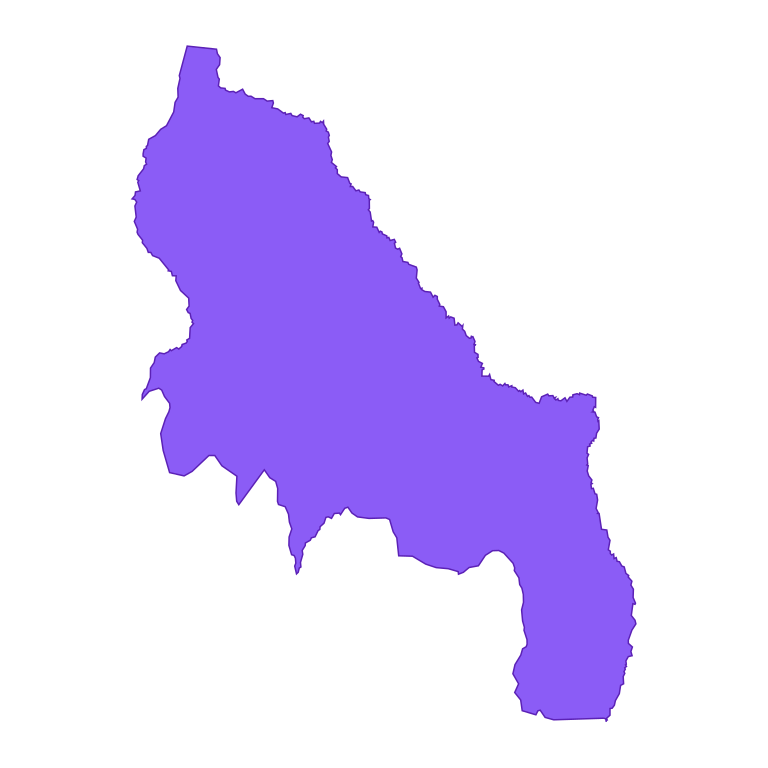 the district of Luwingu, Northern, Zambia
{"feature_id": "96606910B28047609597150", "entity_name": "Luwingu", "entity_type": "district", "adm_level": 2, "iso_a3": "ZMB", "parent_name": "Zambia", "parent_adm1": "Northern", "projection": "equal_earth", "projection_center": [30.347, -10.552], "detail": "fine", "context": "isolated", "style": "filled", "palette": "violet", "viewbox_px": 768, "rotation_deg": 0, "n_neighbors": 0, "source": "geoboundaries", "source_scale": "gbopen_adm2", "svg_char_len": 6107}
<svg xmlns="http://www.w3.org/2000/svg" viewBox="0 0 768 768"><path d="M605.7,718.8L606.3,721.9L606.0,720.1L607.2,720.0L606.6,718.3L610.0,715.2L610.0,708.5L612.2,708.2L614.4,705.2L615.4,700.6L619.3,693.7L620.6,685.4L623.6,683.8L623.2,676.5L624.8,673.4L624.0,671.6L625.3,669.2L624.7,667.8L626.5,666.4L625.5,664.9L626.3,664.3L625.9,660.9L628.3,656.6L632.1,655.7L630.9,651.5L632.4,647.0L628.4,643.4L628.3,640.2L631.9,630.1L635.9,623.9L635.0,620.2L631.3,615.5L632.9,603.7L635.0,604.3L635.5,603.2L633.1,597.5L633.4,589.2L630.9,585.1L631.9,581.2L628.2,577.0L628.7,575.5L625.9,573.4L624.2,566.9L621.8,566.0L619.4,561.7L617.1,561.3L616.2,557.6L614.1,558.6L613.6,554.0L611.7,555.0L610.3,553.6L610.3,551.2L608.3,549.8L610.0,540.3L608.0,537.2L606.8,530.0L601.5,529.3L599.1,513.5L597.6,513.4L598.2,512.6L596.1,508.5L597.6,500.0L596.7,494.3L595.0,493.8L593.3,488.3L591.5,488.6L590.9,484.2L592.2,483.6L591.1,482.6L591.9,480.0L588.7,475.9L587.2,471.0L588.2,465.6L586.8,465.0L587.7,464.0L587.1,457.9L588.6,454.4L587.0,453.2L587.6,446.8L590.1,446.0L589.6,444.1L591.7,443.2L591.0,442.1L592.5,440.4L593.7,441.0L594.0,438.3L595.9,438.0L596.6,433.2L599.2,429.1L598.8,420.7L598.0,421.3L597.7,419.3L598.5,417.7L596.6,416.8L595.0,412.2L592.6,411.9L593.7,411.3L592.9,410.1L594.3,406.7L595.6,407.3L595.7,397.5L592.6,397.2L592.3,395.9L587.4,394.0L586.2,395.2L579.7,393.1L579.5,394.7L577.1,393.7L572.9,394.8L572.7,397.0L569.9,397.2L566.9,401.4L565.0,397.8L560.9,400.8L558.3,400.4L557.9,398.7L555.9,400.0L554.6,398.8L555.5,397.4L554.0,397.9L552.9,395.6L548.8,395.8L547.7,394.1L541.6,396.8L539.1,403.3L535.7,402.4L531.7,397.1L530.0,397.3L528.9,395.6L527.5,396.4L525.6,393.0L523.6,393.9L522.9,390.1L520.8,391.7L519.7,390.5L518.6,391.3L515.3,387.7L511.8,387.0L511.8,385.7L508.7,386.9L508.0,384.8L505.5,384.8L504.9,383.5L502.7,385.9L500.1,384.3L498.4,385.3L494.0,381.5L494.2,380.3L490.9,379.6L489.6,374.5L488.6,376.2L481.9,376.1L482.1,369.9L483.9,369.0L483.8,367.8L480.8,367.2L482.4,363.4L478.5,361.4L476.9,357.9L478.1,357.4L478.0,354.4L474.5,352.3L474.3,345.5L475.2,345.2L475.4,344.7L474.0,344.4L475.0,341.5L472.9,336.7L471.7,337.0L471.4,335.7L471.0,338.0L469.5,338.3L466.2,335.6L464.7,331.3L462.4,329.1L462.8,325.5L462.1,326.4L458.1,322.8L456.9,324.9L454.9,325.1L454.1,318.2L450.7,316.9L449.2,318.1L448.6,316.0L446.1,317.9L446.1,311.7L443.4,306.7L439.3,306.1L439.8,304.4L437.3,299.3L437.3,296.5L434.9,295.3L433.1,297.2L430.5,292.1L424.9,291.5L421.8,289.7L422.0,288.2L420.6,288.6L418.4,283.1L419.0,282.4L416.3,278.1L417.1,269.9L416.3,267.1L408.7,264.3L407.9,262.4L402.9,261.5L402.0,257.6L400.7,256.7L401.9,253.9L399.6,248.3L397.7,249.2L395.5,248.0L394.4,243.2L395.7,242.3L394.3,239.4L390.1,240.5L388.8,237.4L387.0,237.9L386.8,235.9L382.4,233.9L381.9,231.9L380.3,231.2L379.2,232.4L376.8,227.2L372.8,226.9L373.6,222.2L372.7,220.6L371.5,221.0L370.2,212.1L368.3,209.8L369.4,208.5L369.3,200.2L370.2,199.6L368.8,198.6L368.5,195.5L365.7,194.7L365.2,192.6L360.2,191.9L358.9,190.0L355.9,190.8L352.7,186.5L350.3,186.5L351.1,183.9L349.8,183.3L347.6,177.6L341.2,176.9L337.3,173.6L337.3,169.6L335.4,167.9L336.5,166.6L331.4,162.4L332.3,159.7L330.9,155.4L331.6,152.0L327.7,143.5L329.2,141.4L328.4,137.1L329.3,135.4L328.3,132.1L326.2,131.0L326.7,129.2L323.7,124.3L323.5,121.1L322.3,122.6L320.5,121.4L319.6,123.1L314.5,123.3L313.8,121.3L311.4,121.8L308.9,117.9L304.3,118.7L302.7,117.2L303.2,115.6L300.5,114.2L297.1,116.8L292.1,115.6L290.8,113.4L285.8,114.5L285.2,112.6L283.4,113.1L277.7,108.9L271.8,107.7L273.4,103.0L272.8,100.6L267.2,101.1L263.5,98.7L255.0,98.7L251.0,96.2L248.3,96.3L245.2,94.1L242.6,89.2L235.9,92.8L233.4,91.4L229.4,91.9L225.5,90.1L225.1,88.4L220.7,87.9L218.4,85.9L219.3,79.1L218.0,77.4L216.3,69.4L219.6,64.7L220.1,57.6L217.4,53.7L216.5,49.2L187.2,46.1L179.3,75.6L180.0,78.4L177.8,88.4L178.1,97.2L175.1,102.3L173.7,112.0L166.5,125.7L160.7,129.3L155.4,135.6L148.7,139.3L147.5,145.5L146.3,146.4L146.4,148.4L143.9,149.6L143.1,153.8L143.1,156.2L146.1,158.1L145.6,161.9L146.6,164.2L144.3,165.6L143.6,168.8L138.2,175.7L137.1,179.5L138.7,180.6L137.8,182.3L140.3,190.9L135.5,191.9L135.0,195.5L132.1,198.9L134.8,199.4L136.7,202.1L134.9,206.0L136.2,217.1L134.3,221.4L137.6,229.2L137.1,232.2L138.0,234.4L142.6,240.2L142.3,242.7L146.9,248.4L148.3,252.4L150.8,252.4L152.6,255.6L159.2,258.2L168.6,269.8L168.2,270.8L171.3,271.4L172.4,275.7L176.2,275.9L175.8,280.7L180.5,290.5L188.7,298.1L189.1,306.1L186.6,309.5L188.2,312.6L190.1,313.4L191.1,318.4L192.7,320.4L192.0,322.2L193.5,323.6L190.2,327.6L189.6,338.3L186.8,340.0L187.3,341.4L186.1,343.1L182.1,344.5L181.7,346.5L178.8,349.0L176.6,347.6L171.3,350.7L170.1,349.5L168.6,351.7L164.2,353.8L159.6,352.9L155.3,357.1L154.2,362.6L150.5,368.1L150.4,377.6L146.3,388.7L144.5,389.6L142.3,394.5L142.1,399.2L149.2,391.3L158.8,388.2L161.7,390.1L164.5,396.5L169.6,403.3L170.0,407.6L168.9,411.7L165.5,418.6L160.7,433.6L163.2,450.5L169.6,472.6L184.1,475.9L192.1,471.4L208.9,455.5L214.8,455.5L221.9,465.8L236.9,476.2L236.0,493.0L236.7,501.3L238.8,504.7L264.3,469.8L269.8,477.7L275.7,481.4L277.7,488.5L277.5,501.4L278.5,504.5L285.2,506.7L288.5,514.2L289.4,522.1L291.8,528.9L289.1,537.0L288.9,545.4L291.6,554.7L294.1,555.5L295.4,558.2L295.8,563.2L294.7,566.1L296.5,573.9L298.2,572.3L299.3,568.0L300.9,567.0L300.5,562.4L302.8,554.3L302.2,550.5L305.2,545.6L305.4,543.0L310.3,540.2L311.4,537.8L315.1,536.8L318.1,530.6L319.8,529.5L320.1,526.7L324.0,523.2L325.9,517.4L328.2,516.8L331.5,518.4L334.3,513.5L339.4,513.1L340.5,514.7L344.7,508.3L347.9,507.2L351.9,513.0L357.5,516.9L369.0,518.4L385.9,517.9L389.6,519.5L393.2,531.8L396.8,537.8L398.7,555.8L412.5,556.2L425.7,564.1L436.2,567.6L448.3,568.7L458.2,571.6L458.5,574.2L463.4,572.3L469.1,567.5L478.4,565.8L485.4,555.3L492.6,550.7L498.8,550.5L503.9,553.1L513.1,563.3L514.7,567.9L514.3,570.6L518.9,577.8L519.7,584.6L521.9,588.2L523.3,594.4L523.5,602.3L521.6,609.9L522.6,621.0L524.4,627.3L524.0,630.3L527.0,639.6L527.1,644.2L526.2,646.7L522.6,648.8L520.8,655.1L515.0,664.6L512.9,673.8L518.6,683.8L514.7,692.5L520.7,700.0L522.2,710.7L535.9,714.8L537.9,710.8L540.2,710.2L545.1,717.4L553.7,719.8L603.7,718.2L605.7,718.8Z" fill="#8b5cf6" stroke="#5b21b6" stroke-width="1.5"/></svg>